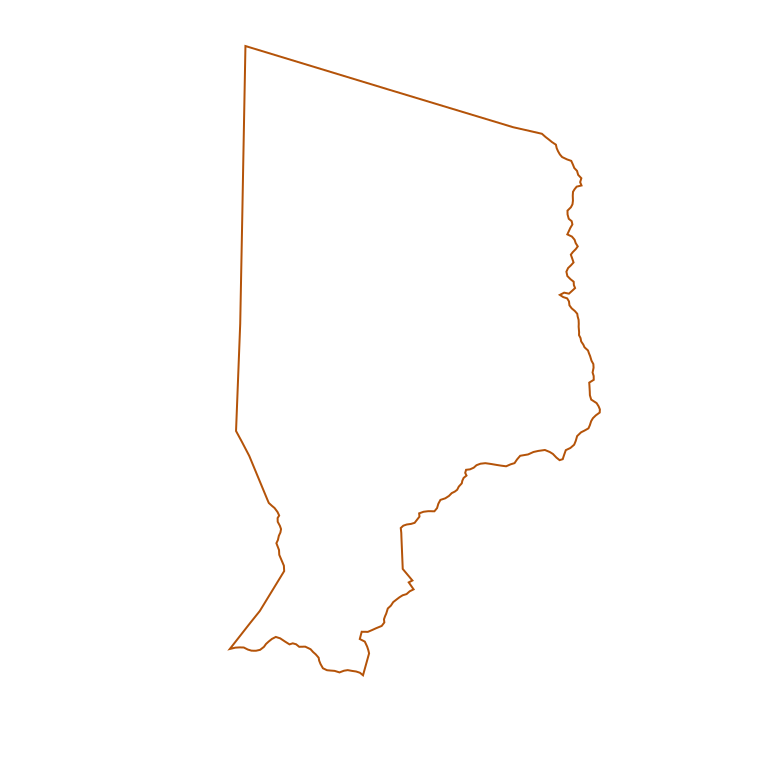 Serra Dourada, Bahia, Brazil (Equal Earth projection), rotated 284°
{"feature_id": "56859067B90696169836223", "entity_name": "Serra Dourada", "entity_type": "district", "adm_level": 2, "iso_a3": "BRA", "parent_name": "Brazil", "parent_adm1": "Bahia", "projection": "equal_earth", "projection_center": [-43.899, -12.812], "detail": "fine", "context": "isolated", "style": "outline", "palette": "amber", "viewbox_px": 768, "rotation_deg": 284, "n_neighbors": 0, "source": "geoboundaries", "source_scale": "gbopen_adm2", "svg_char_len": 3095}
<svg xmlns="http://www.w3.org/2000/svg" viewBox="0 0 768 768"><g transform="rotate(284 384 384)"><path d="M96.3,434.1L119.0,434.7L121.9,433.2L125.1,431.2L129.4,427.7L130.7,422.2L138.2,422.3L139.6,428.3L142.4,432.0L145.1,435.4L148.7,440.3L152.7,442.0L155.7,440.9L158.9,441.2L161.7,441.7L167.1,442.0L170.6,444.3L174.6,445.7L177.8,448.2L180.8,450.6L183.5,453.2L185.6,456.7L189.1,459.1L191.9,462.4L197.5,456.0L200.2,459.1L209.1,446.9L211.9,446.1L239.8,437.9L243.7,436.8L248.3,435.1L251.2,437.0L253.2,440.1L254.8,444.1L256.7,447.3L260.1,448.8L263.9,450.5L267.0,449.4L269.6,453.3L271.3,457.7L272.7,463.7L276.4,465.5L281.0,465.7L285.2,466.8L287.9,471.1L291.1,474.1L294.5,476.1L296.7,478.7L299.1,480.6L302.6,481.4L306.4,483.5L309.1,483.4L312.2,484.0L315.1,486.2L317.4,484.3L320.6,484.4L322.0,488.1L324.5,491.3L327.6,493.4L330.0,496.9L331.7,501.5L332.3,507.3L332.7,512.6L333.1,517.2L333.7,522.4L336.7,526.3L338.8,529.8L342.9,531.3L347.3,533.5L350.5,540.8L354.2,545.5L356.4,549.9L358.9,556.1L358.1,561.4L357.0,564.8L354.3,569.1L352.6,572.8L354.3,575.6L358.6,575.9L363.8,576.4L367.0,580.3L371.1,583.2L375.1,583.8L380.2,584.0L384.8,586.9L387.2,589.7L390.4,593.1L393.8,593.7L398.1,594.0L401.4,595.0L404.8,597.1L408.5,600.2L411.6,599.6L414.3,597.6L416.9,594.9L419.0,588.8L422.9,586.5L426.4,585.5L431.9,583.8L435.0,582.8L438.8,586.5L442.5,585.5L445.6,583.6L450.5,583.4L454.0,582.3L456.8,579.7L461.0,577.2L463.3,575.5L465.9,573.8L468.1,569.7L470.4,567.9L473.0,565.0L476.1,563.6L478.6,561.4L481.4,560.8L486.7,559.0L489.6,558.4L493.3,557.3L496.3,555.6L498.9,554.5L501.0,551.5L502.8,547.8L505.2,544.9L508.9,543.5L511.4,541.0L511.7,536.8L513.0,533.1L516.2,536.7L516.4,541.6L520.4,544.3L523.3,546.2L525.9,544.3L529.1,543.3L530.8,539.6L533.1,535.8L537.1,533.8L541.1,534.6L544.4,536.7L547.8,538.5L551.4,536.2L554.7,534.0L557.7,535.3L561.4,537.5L564.4,538.7L567.1,535.9L570.1,534.0L572.5,530.7L573.5,525.7L580.4,527.0L584.4,528.2L587.4,526.7L589.0,523.3L592.9,521.1L596.6,520.1L600.7,522.6L604.0,523.4L607.5,523.0L612.4,521.6L616.2,520.9L619.1,521.8L622.1,523.2L624.4,527.6L627.3,525.5L631.4,525.7L633.9,521.8L637.5,519.7L639.6,516.4L642.5,514.3L645.8,511.7L646.2,507.3L647.3,501.9L649.3,499.1L651.9,496.6L654.6,494.5L657.8,492.9L659.3,488.6L661.0,485.0L662.8,480.9L665.0,476.7L664.4,447.1L670.8,317.3L678.4,167.8L560.3,194.9L512.5,205.9L407.7,229.9L302.6,251.8L293.4,260.2L281.7,270.6L244.0,298.5L240.7,301.0L238.6,304.9L237.2,307.8L234.0,311.7L231.0,314.1L228.2,313.2L224.6,314.2L221.2,317.3L218.3,319.2L214.9,319.4L211.3,318.7L207.0,318.8L203.5,318.1L200.5,320.2L197.5,322.3L192.9,323.7L183.5,330.8L178.3,332.4L133.7,318.4L119.6,311.9L89.6,298.5L92.2,303.5L93.5,307.6L94.4,311.7L93.4,316.1L93.2,320.0L94.2,324.3L96.1,328.1L99.9,331.1L103.2,332.4L106.2,334.4L109.5,336.9L112.4,340.2L112.1,344.8L110.1,350.4L108.5,355.3L110.3,358.2L110.2,361.7L108.5,365.3L110.1,371.1L108.9,376.9L106.8,380.0L105.2,383.1L102.6,386.8L99.9,388.0L97.0,390.1L93.4,393.5L92.5,397.9L93.0,401.3L93.7,405.5L93.4,410.6L96.1,414.5L97.6,418.0L97.9,422.5L98.3,426.5L98.0,430.5L96.3,434.1Z" fill="none" stroke="#b45309" stroke-width="2"/></g></svg>